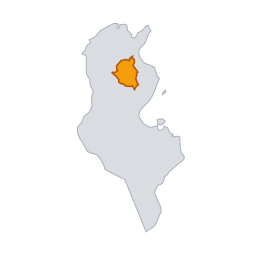 location of Kairouan within Tunisia, rotated 350°
{"feature_id": "TUN-118", "entity_name": "Kairouan", "entity_type": "Governorate", "adm_level": 1, "iso_a3": "TUN", "parent_name": "Tunisia", "parent_adm1": "", "projection": "robinson", "projection_center": [9.864, 35.574], "detail": "fine", "context": "in_parent", "style": "filled", "palette": "amber", "viewbox_px": 256, "rotation_deg": 350, "n_neighbors": 0, "source": "natural_earth", "source_scale": "10m", "svg_char_len": 4001}
<svg xmlns="http://www.w3.org/2000/svg" viewBox="0 0 256 256"><g transform="rotate(350 128 128)"><path d="M177.4,145.8L177.3,146.6L176.5,152.2L176.3,154.3L176.2,157.7L176.2,161.8L178.2,165.3L178.3,166.9L177.5,168.6L173.9,170.7L169.1,173.3L165.1,175.8L160.6,178.5L159.2,180.3L157.0,181.6L155.2,183.0L154.8,184.3L153.5,186.8L151.8,188.8L147.6,189.7L146.8,190.3L144.8,193.2L143.9,194.4L142.8,196.8L144.3,203.2L146.1,209.7L146.4,212.4L146.4,214.6L145.4,217.1L143.1,220.5L141.5,223.1L138.3,227.7L137.3,228.8L135.1,230.2L130.8,231.9L127.8,233.5L126.3,226.5L125.0,220.5L124.0,215.6L122.1,206.9L120.5,199.5L118.9,192.2L117.5,185.5L116.0,178.8L115.4,177.8L111.0,174.6L107.0,171.7L102.8,168.4L98.3,164.8L97.6,160.2L95.3,153.4L92.9,149.6L92.0,148.6L87.1,146.1L84.2,144.3L83.4,143.2L82.9,140.4L80.9,134.9L78.6,129.9L77.8,126.5L77.7,122.2L78.2,119.1L79.2,117.8L84.1,113.9L86.3,109.3L89.1,107.6L91.5,106.3L93.4,104.7L95.1,102.3L96.5,99.7L96.7,96.9L97.3,92.4L98.2,89.3L100.2,85.8L99.4,82.9L98.3,79.9L98.7,74.5L98.4,72.4L97.5,70.5L96.7,68.0L96.7,66.0L97.5,60.7L98.2,56.6L99.3,51.3L98.9,49.8L98.2,48.7L95.9,47.5L95.8,46.8L96.4,46.0L99.8,43.4L101.7,39.7L103.2,38.9L105.6,37.5L105.5,36.0L105.0,34.4L111.0,32.6L116.8,28.0L118.8,26.8L132.2,22.5L134.0,22.8L135.9,23.4L135.3,25.0L134.6,26.3L135.7,28.6L137.3,27.2L136.9,26.3L136.8,25.0L139.6,24.9L142.0,25.1L144.7,26.5L144.5,31.6L148.1,36.6L147.1,39.0L150.0,40.5L152.6,38.7L153.9,36.1L158.7,34.6L163.2,30.8L165.7,30.4L166.3,33.6L167.5,36.3L165.8,37.3L163.6,40.2L159.5,47.6L155.7,49.8L152.8,52.6L151.9,54.6L151.6,57.0L152.3,61.2L154.4,65.5L156.9,68.1L159.2,68.9L164.7,73.0L164.6,75.5L165.4,78.4L165.7,81.9L167.6,84.7L163.5,90.8L161.3,95.2L157.0,101.3L153.2,105.3L144.9,111.2L142.8,113.2L141.5,115.2L140.9,117.3L141.1,119.8L143.9,126.0L147.5,129.6L151.2,131.5L157.6,130.7L157.4,133.1L157.9,135.9L160.5,135.8L162.3,135.4L163.7,132.6L166.9,134.5L168.5,140.2L171.2,142.0L171.5,142.7L170.6,143.1L169.9,143.8L170.7,144.3L173.2,145.0L174.8,144.5L177.4,145.8ZM163.7,129.8L163.1,129.9L161.9,130.7L161.2,130.8L159.4,129.9L158.7,129.9L157.9,129.3L158.1,125.8L158.4,124.8L162.8,124.7L165.2,126.7L165.6,127.3L165.7,127.9L164.6,129.0L163.7,129.8ZM171.5,99.1L167.7,101.2L168.5,99.4L171.0,97.1L171.6,97.7L171.5,99.1Z" fill="#d9dde1" stroke="#a8b0b8" stroke-width="1"/><path d="M145.0,58.2L144.2,59.7L144.2,60.1L145.5,60.8L145.7,61.0L145.8,61.2L146.0,61.6L146.1,61.8L146.1,62.0L145.9,63.4L145.6,64.4L145.5,64.9L145.4,65.0L145.1,65.4L144.0,66.8L143.9,67.1L143.8,67.3L143.9,67.5L146.7,73.1L146.9,73.4L147.1,73.8L147.4,74.7L146.3,75.1L145.9,75.4L145.7,75.6L145.6,75.8L145.6,76.0L146.0,77.0L146.0,77.4L145.9,77.7L145.4,78.3L145.1,78.7L144.3,80.6L144.2,80.9L144.2,81.2L144.2,81.3L144.3,81.5L144.5,81.9L144.6,82.1L144.6,82.3L144.7,82.8L144.7,83.1L144.6,83.9L144.6,84.2L144.7,84.3L144.7,84.5L144.8,84.8L145.4,85.6L145.5,85.8L145.6,86.3L145.5,87.5L144.9,87.5L144.6,87.6L144.1,88.0L143.1,88.8L141.8,90.3L141.4,91.0L141.2,91.4L140.7,90.7L139.7,87.5L139.6,87.2L139.4,87.1L138.2,87.6L137.9,87.6L135.6,86.9L133.8,86.5L133.1,86.3L132.9,86.1L132.7,86.0L132.4,85.8L132.4,85.6L132.1,85.1L130.5,83.4L130.3,83.4L130.2,83.4L129.8,83.4L129.6,83.4L129.1,83.3L129.0,83.2L127.1,81.5L127.0,81.3L126.9,81.2L126.9,80.9L127.0,80.0L127.1,79.7L127.3,78.8L127.3,78.7L127.1,78.2L126.4,77.3L126.4,77.1L125.4,75.1L122.1,71.2L121.9,70.8L122.0,70.7L122.3,70.4L122.5,70.4L124.4,71.0L124.7,71.0L125.0,71.0L125.5,70.9L126.5,70.3L127.0,70.1L127.6,69.9L127.8,69.8L127.8,69.5L127.8,69.4L127.7,69.2L127.3,68.8L127.2,68.6L127.1,68.4L127.1,68.1L127.1,67.9L127.5,67.0L127.5,66.9L127.5,66.6L127.5,66.4L127.5,66.1L127.3,65.4L127.3,65.2L127.5,64.9L127.8,64.5L133.2,60.2L133.7,60.4L133.9,60.4L134.4,60.5L136.6,60.2L137.5,60.1L138.3,60.6L138.5,60.7L139.5,60.9L139.8,61.1L140.0,61.2L140.7,61.8L140.8,61.9L141.1,61.8L141.3,61.5L141.4,61.3L141.4,61.1L141.6,60.1L141.6,59.8L141.7,59.7L141.8,59.7L141.9,59.8L142.0,60.0L142.4,59.9L142.7,59.6L142.9,59.4L143.1,59.0L143.5,58.7L145.0,58.2Z" fill="#f59e0b" stroke="#b45309" stroke-width="1.5"/></g></svg>